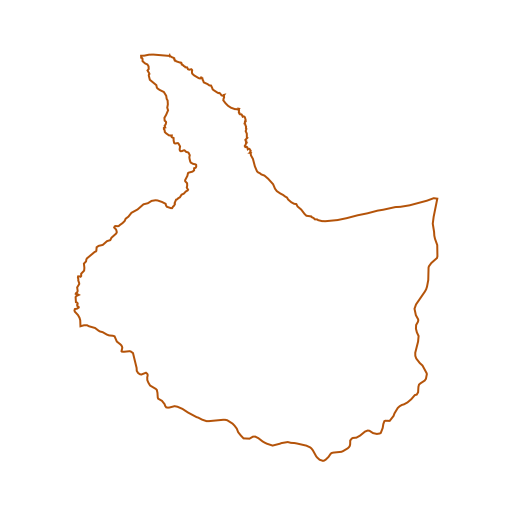 Atabae, Bobonaro, East Timor (orthographic projection), rotated 85°
{"feature_id": "22284137B39370724774054", "entity_name": "Atabae", "entity_type": "district", "adm_level": 2, "iso_a3": "TLS", "parent_name": "East Timor", "parent_adm1": "Bobonaro", "projection": "orthographic", "projection_center": [125.062, -8.829], "detail": "fine", "context": "isolated", "style": "outline", "palette": "amber", "viewbox_px": 512, "rotation_deg": 85, "n_neighbors": 0, "source": "geoboundaries", "source_scale": "gbopen_adm2", "svg_char_len": 6055}
<svg xmlns="http://www.w3.org/2000/svg" viewBox="0 0 512 512"><g transform="rotate(85 256 256)"><path d="M408.1,108.0L405.9,106.4L400.5,105.6L398.3,104.8L397.2,103.3L394.8,98.8L393.1,97.4L388.6,96.1L387.7,96.2L379.6,99.7L376.9,102.2L372.1,105.3L369.4,106.0L366.3,105.8L355.4,102.0L349.9,101.0L346.1,102.4L342.4,103.0L338.7,102.5L335.8,100.5L334.5,100.0L333.2,100.0L328.9,101.9L322.4,102.7L318.2,100.8L306.2,90.9L304.0,89.4L301.4,88.3L295.0,86.5L282.5,85.1L281.3,84.6L278.3,82.0L273.8,75.9L272.1,75.3L260.9,74.5L254.4,76.2L251.3,76.6L247.4,76.5L239.2,77.1L232.4,75.6L214.7,70.4L213.9,73.9L215.8,80.9L218.9,98.6L219.6,107.9L219.4,112.9L221.0,125.3L221.4,130.9L223.2,141.3L224.3,151.2L226.2,162.3L227.3,171.6L227.4,183.8L227.0,187.2L225.7,191.0L224.9,191.9L224.6,194.2L223.2,195.3L222.1,197.2L221.4,197.5L220.3,202.3L218.3,204.0L213.7,206.9L210.3,210.3L207.8,211.3L207.3,213.5L205.5,216.2L202.5,219.1L200.5,220.0L199.2,221.9L197.6,223.6L195.8,226.4L193.2,229.6L190.6,231.2L186.0,232.7L180.2,237.1L176.6,240.6L175.2,243.6L173.9,244.9L172.9,246.6L171.8,247.6L166.6,249.3L159.0,250.6L155.2,252.3L153.0,252.3L152.8,253.0L152.5,252.4L152.1,252.9L150.8,252.1L148.7,253.2L148.5,254.0L149.0,254.9L146.8,255.3L146.5,256.0L146.6,257.1L145.6,257.6L145.1,257.5L144.7,256.9L142.7,256.0L142.4,255.5L141.9,256.0L140.9,255.6L140.5,256.2L139.4,256.5L137.6,254.4L137.3,254.8L133.3,254.5L130.7,255.4L128.5,254.5L127.8,254.9L126.3,254.6L124.9,255.1L123.5,255.3L123.1,255.9L121.7,255.3L121.0,254.5L120.6,254.5L120.5,255.0L119.4,254.5L116.8,255.0L116.1,255.6L115.8,256.2L116.1,257.1L113.9,257.9L113.6,258.3L113.5,259.5L112.9,260.1L111.9,260.1L111.8,260.5L111.4,260.6L109.5,260.2L108.4,260.3L107.9,260.0L107.7,260.7L108.1,260.7L108.5,261.4L108.0,262.8L107.9,264.1L106.1,268.0L103.9,270.8L101.1,273.1L98.1,275.0L96.1,274.5L95.5,274.0L93.1,273.9L92.7,273.6L92.8,274.2L93.5,274.9L93.0,276.3L90.7,277.8L90.3,278.5L90.5,279.0L90.1,279.9L86.8,284.1L86.1,284.7L85.1,284.9L82.3,285.9L82.0,287.6L80.5,289.3L78.5,292.9L76.2,293.5L75.7,293.9L74.3,293.9L74.0,294.7L73.5,294.7L73.3,295.1L74.0,295.6L74.3,296.2L73.8,297.6L70.7,301.9L69.1,303.4L68.2,303.8L66.3,303.7L65.4,303.4L64.8,303.7L64.3,304.2L64.6,306.2L64.0,307.5L62.1,308.2L61.9,309.9L61.2,310.2L60.4,311.5L59.7,311.8L58.8,313.3L57.6,313.3L56.9,313.7L56.7,314.1L56.9,314.4L55.0,318.7L54.2,319.2L53.7,320.0L51.9,320.2L51.8,320.4L52.2,320.5L51.5,320.7L50.5,322.7L49.5,323.9L49.6,324.4L48.6,324.6L49.1,325.0L46.5,340.1L46.1,344.8L46.7,349.9L46.5,353.0L48.5,353.1L48.9,352.2L49.6,351.9L52.1,352.0L54.5,349.7L55.7,347.5L57.7,346.5L60.4,346.6L61.7,347.9L65.1,346.3L65.6,346.4L66.0,346.9L66.8,347.1L71.2,346.4L77.1,340.4L79.5,340.1L80.4,339.6L82.1,337.6L84.6,333.5L88.6,331.5L91.6,331.3L93.4,330.5L97.3,330.6L100.5,331.5L103.2,330.9L107.5,333.2L110.4,335.2L113.2,335.2L114.4,334.0L115.1,333.9L116.9,334.5L118.4,335.7L120.1,335.2L120.4,336.6L121.6,336.7L122.6,336.1L124.6,336.0L125.9,334.9L128.3,332.1L128.6,329.4L129.8,329.8L130.4,329.4L131.3,327.8L133.6,328.0L136.2,327.7L136.9,326.8L136.7,324.0L137.3,323.4L140.2,322.1L143.1,322.8L144.4,322.6L145.0,322.0L145.1,320.7L144.5,319.1L144.5,318.0L146.2,316.5L146.8,314.8L147.3,314.2L149.8,313.2L151.8,313.8L153.5,313.7L156.1,313.3L157.3,312.8L158.7,310.7L159.4,308.4L159.9,307.7L161.5,307.7L162.4,308.1L162.9,308.6L163.2,310.0L165.3,310.2L166.4,311.9L167.1,315.8L167.5,316.5L170.2,317.4L174.3,320.0L175.4,320.0L177.5,318.3L179.8,318.4L181.8,319.0L184.1,317.9L184.8,318.5L185.6,320.3L187.6,322.5L188.4,324.8L190.9,326.7L191.8,328.7L192.6,329.4L192.9,330.7L196.3,332.5L197.1,332.2L198.7,333.2L199.5,334.3L201.0,335.4L200.9,336.6L199.2,340.5L197.9,341.2L196.1,341.5L194.0,344.9L192.1,349.2L191.7,351.2L192.0,355.2L194.0,359.1L194.7,363.6L199.3,369.9L202.1,376.3L205.7,379.7L207.5,382.6L209.7,383.8L211.6,386.1L213.3,389.0L214.1,390.0L214.3,390.8L213.9,393.5L214.2,394.2L215.3,394.8L217.4,393.1L218.7,392.8L220.1,392.6L221.4,393.3L225.2,398.4L227.5,399.8L228.2,403.1L231.6,407.7L232.2,411.9L233.4,414.0L236.9,414.6L237.5,415.1L237.9,416.4L243.7,424.7L244.7,425.3L246.6,425.8L248.6,428.1L252.9,428.0L255.6,428.5L258.4,431.7L260.7,431.9L261.4,432.6L260.8,434.1L260.8,435.0L262.0,435.3L263.5,435.0L264.8,435.2L267.8,434.5L268.6,434.6L271.7,436.9L275.3,436.7L276.5,437.3L277.3,438.5L278.0,438.9L278.5,438.1L278.5,437.2L279.3,436.0L280.2,438.4L281.2,439.3L286.3,439.4L286.7,438.5L287.6,437.8L288.4,437.9L289.2,438.5L290.5,438.2L291.1,437.2L291.9,437.1L292.8,438.7L293.1,441.1L294.5,441.6L295.7,441.3L299.3,438.5L302.2,437.2L304.7,436.7L310.7,437.0L310.0,433.3L310.3,430.3L311.4,428.6L313.7,422.6L316.7,419.3L317.6,418.0L318.5,415.4L321.3,411.4L322.3,409.3L323.0,405.5L323.7,403.9L329.1,402.1L332.2,398.8L333.3,397.9L334.5,397.4L335.8,397.2L339.1,398.3L339.6,397.9L339.9,395.9L339.8,390.2L340.2,389.1L342.0,387.0L357.1,384.7L360.0,384.8L362.2,383.7L363.6,382.1L364.1,380.6L362.7,375.8L363.9,374.6L364.8,374.3L365.9,374.4L367.2,374.9L370.1,375.1L372.7,374.3L375.8,372.8L379.6,367.5L380.7,366.5L383.7,366.1L388.4,366.2L389.6,365.9L392.1,362.3L395.6,360.0L397.5,359.5L399.0,358.6L399.4,356.9L399.4,355.5L398.5,350.2L399.3,347.4L401.9,342.6L406.0,337.4L411.3,329.3L412.0,327.6L414.3,324.0L416.2,319.7L416.4,317.0L416.3,302.7L416.5,301.0L417.1,299.0L420.9,294.0L423.1,292.2L426.3,290.2L430.0,289.1L433.6,286.7L436.6,284.3L437.4,278.4L435.7,274.8L435.8,272.6L437.7,269.5L441.3,265.6L442.7,263.6L443.9,261.6L446.3,256.0L445.1,248.6L444.6,247.0L444.1,240.6L445.2,237.4L445.7,233.9L446.4,231.4L449.3,222.4L451.4,218.7L452.5,217.6L454.5,216.3L460.8,213.5L462.0,212.7L464.5,210.4L465.9,207.2L465.8,206.1L465.0,204.4L462.5,201.3L459.8,199.1L458.9,198.0L458.6,196.2L458.5,188.0L458.0,186.4L455.6,181.4L454.5,180.0L453.3,179.1L451.7,178.6L448.0,178.2L446.2,176.5L445.7,175.3L445.7,171.8L444.0,168.0L440.4,162.7L439.6,159.9L440.0,158.2L442.6,154.9L443.8,151.1L443.6,148.2L443.1,147.1L438.4,144.8L434.5,143.8L431.7,142.5L431.4,141.5L431.9,137.2L427.3,132.9L424.9,131.8L419.7,128.0L418.2,126.0L417.1,123.7L416.7,121.6L415.1,117.9L412.2,113.8L408.4,109.9L408.1,108.0Z" fill="none" stroke="#b45309" stroke-width="2"/></g></svg>